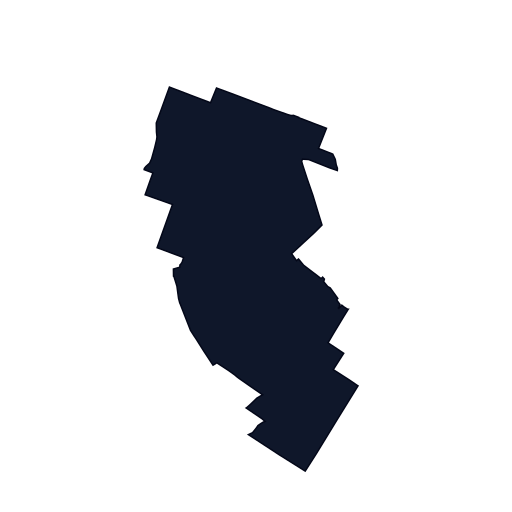 Calmatuiu, Teleorman, Romania, rotated 129°
{"feature_id": "2599482B22374175683856", "entity_name": "Calmatuiu", "entity_type": "district", "adm_level": 2, "iso_a3": "ROU", "parent_name": "Romania", "parent_adm1": "Teleorman", "projection": "albers", "projection_center": [24.851, 43.964], "detail": "fine", "context": "isolated", "style": "filled", "palette": "ink", "viewbox_px": 512, "rotation_deg": 129, "n_neighbors": 0, "source": "geoboundaries", "source_scale": "gbopen_adm2", "svg_char_len": 2002}
<svg xmlns="http://www.w3.org/2000/svg" viewBox="0 0 512 512"><g transform="rotate(129 256 256)"><path d="M121.4,310.2L122.6,313.8L123.1,315.4L124.3,316.6L125.0,317.7L126.1,320.3L131.2,334.6L132.0,337.4L137.8,354.9L141.0,364.7L141.2,365.3L143.4,372.0L150.3,392.4L165.5,387.8L172.1,407.8L179.2,429.6L203.3,421.3L215.4,417.2L222.3,411.4L225.8,407.9L228.3,406.4L235.6,402.9L246.2,398.3L249.7,397.4L250.7,397.1L255.7,397.9L258.2,397.9L259.3,397.3L256.3,388.4L263.6,385.9L278.2,380.7L268.5,353.3L311.8,338.1L302.8,311.3L307.4,309.5L310.3,309.3L310.8,309.5L312.7,308.2L318.1,312.0L323.6,307.4L323.5,307.0L329.2,298.5L337.7,289.5L340.5,285.7L340.8,285.0L355.0,260.1L357.2,253.5L358.0,250.8L362.8,236.7L367.9,220.7L365.2,219.7L364.4,219.5L363.6,219.2L363.5,217.6L362.3,205.9L361.8,197.6L361.9,195.0L361.8,192.0L360.9,179.2L359.7,163.5L361.1,164.1L365.9,165.9L370.2,166.4L376.3,167.2L379.7,167.8L380.3,168.0L378.7,148.9L378.8,144.8L380.6,145.9L383.2,146.8L386.6,147.8L387.0,147.7L390.1,147.5L393.3,147.5L395.5,147.5L397.5,148.5L399.6,149.5L397.5,129.1L395.8,112.3L395.6,110.8L392.2,82.4L371.7,84.7L332.6,89.9L292.7,95.0L292.8,95.7L293.6,105.6L295.7,124.5L295.2,124.5L276.4,126.6L278.0,143.6L278.1,145.4L267.5,147.0L248.0,149.7L240.8,150.6L239.6,150.8L239.3,150.8L239.5,151.1L239.8,151.9L239.8,152.0L240.2,155.5L240.2,158.4L240.6,158.4L241.3,158.4L243.7,158.5L244.7,158.5L244.6,159.3L243.6,159.3L242.4,159.4L242.1,160.0L240.9,160.1L240.7,160.6L240.2,162.6L239.4,165.4L239.3,165.7L238.6,165.7L237.5,165.7L234.1,178.2L234.6,181.0L233.4,187.2L230.9,188.3L230.5,190.9L230.9,190.9L232.6,191.3L232.7,195.2L232.7,196.4L232.9,202.0L233.2,213.3L231.8,220.0L231.6,221.1L234.1,221.5L234.0,222.0L232.1,228.7L231.8,229.8L201.0,225.3L192.5,224.4L190.4,224.2L184.4,233.2L173.0,250.0L163.8,264.8L155.7,277.3L153.6,280.2L151.5,280.8L147.9,275.8L141.2,254.3L138.4,246.6L136.5,248.0L134.7,251.0L131.0,255.2L128.5,260.5L133.1,275.1L112.4,281.6L121.7,310.1L121.4,310.2Z" fill="#0f172a" stroke="#020617" stroke-width="1.5"/></g></svg>